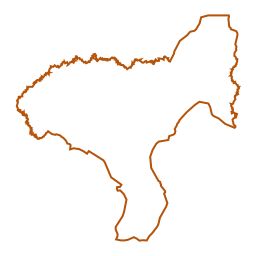 Phang Khon, Sakon Nakhon, Thailand
{"feature_id": "78962969B14140185659984", "entity_name": "Phang Khon", "entity_type": "district", "adm_level": 2, "iso_a3": "THA", "parent_name": "Thailand", "parent_adm1": "Sakon Nakhon", "projection": "albers", "projection_center": [103.735, 17.372], "detail": "fine", "context": "isolated", "style": "outline", "palette": "amber", "viewbox_px": 256, "rotation_deg": 0, "n_neighbors": 0, "source": "geoboundaries", "source_scale": "gbopen_adm2", "svg_char_len": 5594}
<svg xmlns="http://www.w3.org/2000/svg" viewBox="0 0 256 256"><path d="M237.5,35.0L237.2,32.7L236.1,31.1L230.9,29.2L230.7,28.1L229.2,26.6L228.4,18.8L229.0,16.5L228.8,15.4L208.3,15.4L201.1,17.3L199.7,23.2L196.0,29.5L194.4,30.8L190.2,31.7L187.1,35.3L179.9,40.8L174.3,51.5L174.0,53.6L169.9,61.6L168.9,61.1L168.5,60.0L167.8,59.6L168.2,58.1L167.1,58.2L164.8,56.4L163.9,57.0L163.7,59.8L162.2,58.9L158.6,58.4L159.0,60.8L157.6,61.0L156.5,60.6L155.7,59.5L154.9,60.6L155.2,61.6L154.5,62.2L153.8,64.0L153.1,63.8L153.5,62.5L152.2,62.5L152.8,61.3L152.0,60.7L151.4,60.8L151.7,61.5L150.5,62.1L149.6,61.5L146.7,62.6L146.2,61.0L144.8,61.5L143.7,62.6L142.5,62.7L139.7,60.6L140.6,59.6L137.4,60.6L136.9,59.5L135.6,59.2L135.0,59.5L135.2,60.4L134.4,60.8L134.6,61.7L133.5,62.8L133.8,64.1L133.0,64.4L132.3,63.0L131.9,65.8L131.0,66.3L130.7,67.7L129.7,67.2L127.2,69.2L126.0,67.4L125.4,67.6L124.8,66.7L124.5,67.2L123.7,66.4L123.3,65.1L120.5,64.9L120.6,63.9L119.9,63.0L119.4,63.1L119.4,64.0L118.4,64.2L118.8,63.4L117.7,63.5L117.4,63.0L118.1,61.6L117.8,60.7L117.4,60.5L116.3,61.5L116.2,59.4L115.2,59.4L115.7,58.7L114.7,57.7L113.5,57.7L113.0,58.3L112.0,57.5L110.4,58.8L109.9,59.9L109.0,59.5L108.0,60.3L107.4,59.0L106.4,59.0L106.0,60.1L104.6,58.8L103.9,59.0L103.9,59.8L102.8,59.8L101.7,59.5L101.9,58.4L100.7,58.8L100.3,58.1L97.3,61.1L96.4,60.3L96.4,59.4L95.4,59.0L96.6,58.6L95.6,56.5L96.1,55.6L95.0,53.9L93.5,54.4L93.7,55.1L93.0,55.6L93.5,56.1L93.5,57.5L93.0,57.7L93.3,57.1L92.4,56.7L92.8,57.9L90.9,58.2L90.9,58.7L91.5,58.6L91.4,59.7L90.8,59.6L89.7,61.5L89.1,61.4L89.3,62.1L86.8,62.4L86.7,63.1L86.0,63.2L85.3,61.8L84.0,62.5L83.4,61.5L82.1,61.1L81.8,59.5L80.2,59.5L79.5,58.0L77.1,58.5L77.0,56.6L76.1,56.2L75.8,57.0L76.5,58.7L75.4,58.3L73.0,59.3L73.2,60.4L73.7,59.4L74.3,59.3L74.3,60.2L75.1,60.6L74.5,60.7L73.6,62.7L71.7,61.6L71.4,62.2L70.2,62.2L68.6,64.4L67.8,64.9L68.2,63.6L67.1,62.8L67.0,62.2L65.1,63.3L64.2,61.4L63.9,62.3L62.7,62.2L62.6,63.2L61.6,63.9L63.0,64.6L62.2,64.4L58.8,67.6L58.2,67.1L58.4,66.5L57.9,65.9L56.7,66.9L54.7,65.3L53.2,66.9L50.8,66.2L50.9,67.8L50.1,68.2L49.1,70.3L49.1,71.6L48.5,72.1L49.6,72.5L48.6,72.7L48.7,74.3L47.7,73.3L46.1,73.2L46.2,74.0L45.4,74.2L45.6,75.1L44.6,74.9L43.9,76.6L43.1,77.3L42.5,76.9L42.8,77.6L41.9,77.7L41.8,76.8L41.1,77.2L40.9,78.1L41.4,79.0L40.0,78.7L40.5,80.6L39.5,80.9L39.2,80.0L37.4,80.0L36.6,80.5L36.2,81.3L36.6,82.0L35.9,82.6L35.5,81.7L35.0,82.4L34.4,82.1L33.7,83.0L34.4,83.2L34.3,84.1L32.5,86.8L28.8,86.8L28.2,87.6L27.3,87.0L27.1,88.8L27.5,89.5L25.5,90.2L26.1,91.5L25.0,92.2L23.9,91.8L23.1,93.4L22.2,94.2L22.3,96.4L20.5,96.7L20.0,97.6L19.3,96.7L18.7,96.8L18.7,98.4L17.2,100.3L17.8,100.9L17.3,101.6L17.9,102.3L16.8,106.2L17.8,108.2L17.8,110.3L19.5,111.5L19.6,110.9L19.0,109.7L20.4,110.1L20.2,111.0L21.6,112.9L22.4,112.1L23.0,113.2L23.8,112.0L24.0,114.2L22.9,114.4L22.8,115.0L24.1,115.4L24.6,114.1L25.7,115.6L25.9,114.6L26.4,114.5L26.9,115.5L26.0,115.9L26.8,116.7L26.5,118.0L27.6,118.3L28.0,119.6L27.1,120.3L27.4,121.2L26.7,121.0L26.0,122.0L26.9,122.4L26.5,123.5L28.1,123.5L27.7,124.1L28.0,124.9L28.7,125.1L28.7,125.7L29.4,126.3L29.9,126.1L30.2,127.1L31.6,128.0L30.6,128.9L31.8,129.9L31.8,131.5L31.2,131.5L31.1,130.9L30.4,131.1L30.3,133.2L30.8,132.9L31.6,134.3L32.4,133.8L32.1,134.6L32.9,134.4L33.6,135.2L34.1,134.8L34.5,135.1L34.6,134.6L35.8,134.6L35.8,135.9L35.0,136.8L35.6,137.3L36.7,136.8L37.6,138.8L38.8,138.9L39.4,138.5L39.5,137.9L41.5,138.1L42.7,136.8L43.6,136.8L44.4,135.3L45.5,134.6L46.2,132.9L47.4,132.4L48.1,131.3L52.0,134.1L55.5,134.8L56.2,134.3L57.8,134.7L60.5,135.6L61.6,137.0L63.1,137.6L66.0,140.7L67.3,143.5L69.4,144.0L70.6,145.1L70.1,149.4L73.7,148.3L79.1,149.1L83.6,151.3L87.0,153.7L88.8,151.1L103.4,160.3L104.8,162.3L111.1,177.3L121.4,184.7L120.1,186.9L117.1,187.1L117.0,188.9L117.7,190.7L120.2,190.4L123.8,194.1L126.5,199.6L124.0,212.1L122.5,216.4L115.7,226.9L115.7,229.5L117.6,234.1L117.4,236.5L116.1,239.4L120.8,240.4L124.7,240.4L128.2,239.7L133.8,237.2L136.9,238.7L139.3,240.6L143.2,240.2L146.7,240.5L149.3,236.1L152.0,233.4L157.1,226.8L158.4,224.1L159.9,217.7L166.0,206.9L167.4,203.2L164.1,193.6L165.2,192.2L165.1,191.1L160.9,185.8L161.0,184.3L160.4,183.7L160.2,182.0L158.4,180.8L151.2,168.0L150.2,156.7L152.7,149.7L156.4,143.6L158.8,141.6L168.3,140.0L169.2,136.1L173.7,134.5L174.9,133.3L175.4,130.9L174.7,129.1L176.9,125.2L177.3,123.6L178.4,122.6L179.7,119.9L186.7,112.2L194.9,104.9L199.4,101.8L208.0,103.4L208.6,103.9L210.2,107.2L211.8,114.1L213.5,116.0L218.7,118.4L225.2,123.9L234.6,127.8L235.5,126.9L235.3,125.9L233.7,124.7L232.5,119.7L233.5,118.4L234.8,117.8L235.0,116.6L235.9,117.2L237.0,114.0L236.1,113.6L235.1,114.6L235.0,113.3L233.4,112.5L231.9,113.4L231.6,112.1L232.8,112.3L233.2,111.9L232.4,110.8L233.0,109.6L232.3,109.0L232.6,108.3L232.0,108.3L231.9,107.1L231.1,106.0L231.5,104.9L230.9,103.9L232.3,104.2L233.1,103.6L233.7,101.6L235.5,99.0L234.7,97.3L234.9,96.1L235.4,96.1L235.5,95.4L236.3,94.6L236.9,94.8L238.1,94.1L237.7,93.2L236.6,92.6L236.8,92.3L237.7,92.7L237.5,91.8L238.0,91.2L237.5,90.7L237.4,89.4L238.9,88.6L238.8,87.4L239.2,86.8L237.8,86.7L237.6,85.0L237.0,85.0L235.4,82.9L234.5,83.0L234.8,82.0L234.0,82.3L234.1,81.9L232.4,81.4L232.2,81.0L232.8,81.0L232.9,80.4L231.9,79.6L231.6,78.1L232.0,77.1L231.5,76.8L231.3,75.2L230.7,75.3L231.3,74.7L230.9,73.8L231.4,73.3L230.9,72.5L231.6,72.3L231.7,71.0L232.2,70.7L232.3,69.5L232.0,69.3L232.9,69.2L232.7,68.5L233.3,67.2L234.2,67.1L234.5,66.2L235.2,66.4L235.8,65.9L235.8,64.7L236.6,64.0L236.3,63.4L237.1,61.9L237.3,59.8L236.6,59.5L237.0,58.9L236.3,58.6L235.6,57.0L234.3,55.7L234.6,52.6L236.4,50.0L236.0,48.5L236.5,46.7L235.3,44.2L237.5,35.0Z" fill="none" stroke="#b45309" stroke-width="2"/></svg>